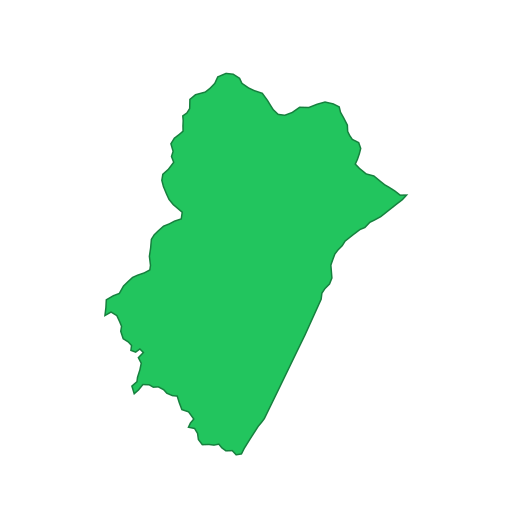 Irapuã, São Paulo, Brazil (orthographic projection), rotated 251°
{"feature_id": "56859067B51888643984498", "entity_name": "Irapuã", "entity_type": "district", "adm_level": 2, "iso_a3": "BRA", "parent_name": "Brazil", "parent_adm1": "São Paulo", "projection": "orthographic", "projection_center": [-49.395, -21.274], "detail": "fine", "context": "isolated", "style": "filled", "palette": "green", "viewbox_px": 512, "rotation_deg": 251, "n_neighbors": 0, "source": "geoboundaries", "source_scale": "gbopen_adm2", "svg_char_len": 2096}
<svg xmlns="http://www.w3.org/2000/svg" viewBox="0 0 512 512"><g transform="rotate(251 256 256)"><path d="M263.3,100.2L256.1,97.3L248.9,93.8L250.2,100.7L245.0,105.0L238.4,105.7L233.3,106.0L228.8,103.6L221.0,103.5L216.3,107.3L211.9,109.2L207.5,107.0L204.3,110.9L205.9,115.9L201.4,118.1L198.2,111.7L192.0,112.6L186.2,109.2L179.9,104.5L175.9,102.5L173.4,96.3L165.4,96.0L167.6,101.3L171.3,107.2L169.0,113.1L165.4,116.2L164.1,121.0L159.6,125.2L155.3,127.0L151.2,131.5L149.2,135.9L142.4,135.7L134.9,135.9L130.6,141.5L122.1,144.1L119.4,139.6L116.1,136.4L112.9,141.8L107.3,143.0L101.2,141.8L95.1,143.8L93.1,150.2L90.9,154.7L90.2,159.6L85.8,161.2L81.6,164.1L79.7,170.2L74.5,172.5L73.6,177.8L77.9,182.2L84.9,190.8L91.2,198.8L94.3,202.7L96.8,206.9L99.5,210.9L121.8,233.2L153.2,264.4L165.4,276.6L193.9,303.5L199.4,306.2L202.7,310.5L205.6,316.4L210.5,320.6L223.0,323.8L227.7,327.5L232.2,331.2L235.0,335.4L237.7,340.9L241.1,345.1L244.3,354.1L247.2,363.0L247.5,368.2L250.8,374.6L251.4,379.5L252.6,386.7L255.8,395.8L259.2,405.5L261.6,412.7L264.6,418.2L266.6,412.1L272.2,408.5L277.6,404.2L281.5,400.8L286.9,397.4L293.3,393.5L297.7,386.9L305.0,382.4L310.6,379.8L314.3,383.3L318.9,386.9L323.6,390.0L329.7,390.0L334.9,385.0L339.3,383.8L343.9,383.2L350.0,385.0L358.3,383.8L364.4,382.7L369.9,383.2L374.7,378.5L379.1,371.4L379.6,363.2L379.2,354.3L382.4,345.7L379.9,336.9L379.7,329.0L382.7,323.0L388.8,319.9L393.4,318.8L399.3,317.5L407.8,314.9L413.0,308.1L417.4,303.6L423.8,298.9L429.4,298.3L435.3,293.6L438.4,287.1L437.8,278.2L432.6,273.2L429.5,267.1L427.5,261.4L428.2,251.3L425.6,244.5L417.0,241.3L413.7,237.2L412.3,232.4L407.6,231.2L402.8,229.3L397.8,227.7L395.9,223.0L394.0,217.2L389.8,212.1L381.9,211.7L377.6,208.5L371.4,208.7L366.5,201.4L363.6,194.5L358.2,191.6L351.8,191.1L343.7,191.6L337.8,192.2L331.5,194.5L321.4,200.5L315.4,197.4L315.5,190.3L314.6,184.7L314.3,178.3L311.4,171.4L309.2,166.7L305.8,162.5L297.9,159.0L290.4,155.1L281.5,153.2L277.4,151.1L276.4,144.9L276.4,137.7L275.9,132.3L273.5,126.8L270.7,120.9L265.1,114.6L264.9,108.3L263.3,100.2Z" fill="#22c55e" stroke="#15803d" stroke-width="1.5"/></g></svg>